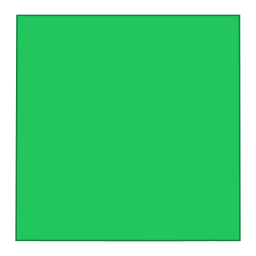 Thayer, Nebraska, United States of America
{"feature_id": "52423323B135061337198", "entity_name": "Thayer", "entity_type": "district", "adm_level": 2, "iso_a3": "USA", "parent_name": "United States of America", "parent_adm1": "Nebraska", "projection": "orthographic", "projection_center": [-97.601, 40.176], "detail": "fine", "context": "isolated", "style": "filled", "palette": "green", "viewbox_px": 256, "rotation_deg": 0, "n_neighbors": 0, "source": "geoboundaries", "source_scale": "gbopen_adm2", "svg_char_len": 337}
<svg xmlns="http://www.w3.org/2000/svg" viewBox="0 0 256 256"><path d="M17.0,15.4L16.1,240.4L17.2,240.4L38.1,240.4L41.2,240.5L42.0,240.5L42.7,240.5L167.6,240.6L169.5,240.6L170.1,240.6L193.3,240.5L202.5,240.5L212.0,240.4L215.8,240.4L216.8,240.5L239.9,240.4L239.5,15.4L17.0,15.4Z" fill="#22c55e" stroke="#15803d" stroke-width="1.5"/></svg>